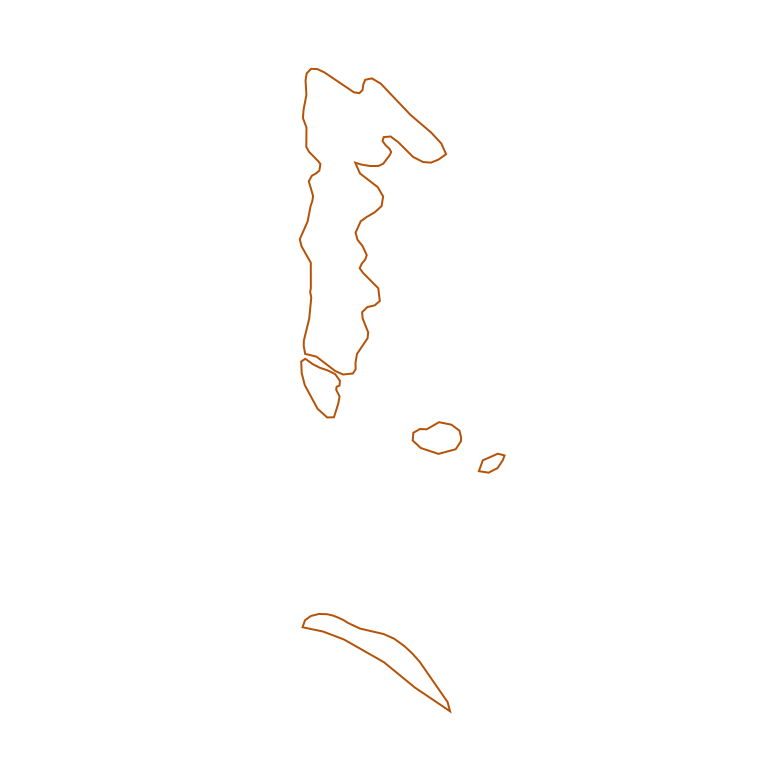 map outline of Tawi-Tawi (Robinson projection), rotated 304°
{"feature_id": "PHL-2511", "entity_name": "Tawi-Tawi", "entity_type": "Province", "adm_level": 1, "iso_a3": "PHL", "parent_name": "Philippines", "parent_adm1": "", "projection": "robinson", "projection_center": [119.911, 5.003], "detail": "fine", "context": "isolated", "style": "outline", "palette": "amber", "viewbox_px": 768, "rotation_deg": 304, "n_neighbors": 0, "source": "natural_earth", "source_scale": "10m", "svg_char_len": 1994}
<svg xmlns="http://www.w3.org/2000/svg" viewBox="0 0 768 768"><g transform="rotate(304 384 384)"><path d="M630.6,203.1L631.2,213.4L621.9,255.5L618.8,282.7L615.4,297.1L609.2,307.0L600.4,303.6L593.8,299.2L589.9,292.3L588.5,281.1L592.4,260.8L592.9,251.1L588.5,245.7L584.6,246.9L582.9,251.7L582.0,257.2L580.3,260.2L577.2,260.8L566.2,260.2L561.7,257.5L557.2,251.0L553.5,243.2L551.4,236.4L545.1,246.4L543.7,268.7L539.0,278.4L530.2,282.5L521.2,280.3L512.7,276.2L505.9,273.7L493.6,275.8L488.8,281.3L486.4,289.0L481.2,297.6L476.9,298.8L471.2,298.3L466.4,299.1L464.4,304.4L460.2,325.7L450.5,334.1L444.0,332.3L438.5,327.2L431.3,325.7L426.4,329.6L417.9,342.1L412.7,344.8L393.8,344.8L385.8,348.4L380.4,352.2L375.4,352.4L369.0,344.8L367.5,336.3L368.9,312.7L364.9,301.8L370.5,296.3L375.1,293.3L396.5,285.4L415.1,275.3L418.9,271.4L422.6,269.7L443.6,255.5L452.1,238.5L457.0,233.2L476.0,229.8L490.3,223.7L495.5,222.3L500.1,220.2L510.0,208.3L516.3,207.7L520.6,209.9L524.7,211.1L530.8,208.3L531.9,205.0L534.6,192.0L537.1,187.0L553.3,176.3L559.1,168.1L566.7,163.8L580.3,158.0L591.8,149.2L598.3,146.2L604.5,147.3L607.8,152.6L609.0,160.2L609.0,196.0L611.4,201.0L615.8,201.8L620.7,199.4L625.7,198.3L630.6,203.1ZM165.8,488.0L167.8,500.8L176.5,523.5L178.5,534.8L178.1,547.4L176.4,558.2L173.8,568.5L155.9,614.5L149.6,621.8L149.6,579.3L153.3,539.5L149.8,493.6L144.7,471.9L136.8,452.5L143.9,450.6L150.8,453.1L157.0,458.7L161.3,465.5L163.4,470.8L164.7,476.5L165.6,482.2L165.8,488.0ZM355.2,346.3L352.6,347.5L351.4,349.5L348.9,354.1L342.0,357.1L328.4,361.1L324.5,355.6L326.3,342.8L338.8,318.9L347.0,309.7L356.3,302.8L360.9,304.6L360.6,313.8L361.6,321.8L363.7,329.3L364.9,337.9L362.1,345.6L357.9,348.0L355.2,346.3ZM379.6,479.8L370.0,479.9L356.5,468.2L351.5,450.3L353.2,439.4L360.0,435.6L366.8,439.0L370.3,444.7L383.1,451.0L388.0,462.7L387.5,472.7L382.7,477.9L379.6,479.8ZM376.0,508.6L389.8,517.3L392.2,523.9L387.4,525.1L377.9,525.2L369.0,520.3L364.8,511.4L376.0,508.6Z" fill="none" stroke="#b45309" stroke-width="2"/></g></svg>